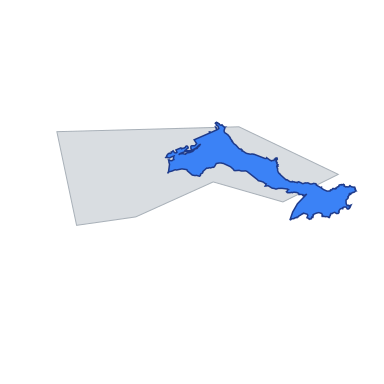 location of East Mahe, Anse Royale, Seychelles, rotated 297°
{"feature_id": "34574756B49819614716360", "entity_name": "East Mahe", "entity_type": "district", "adm_level": 2, "iso_a3": "SYC", "parent_name": "Seychelles", "parent_adm1": "Anse Royale", "projection": "natural_earth1", "projection_center": [55.513, -4.728], "detail": "fine", "context": "in_parent", "style": "filled", "palette": "blue", "viewbox_px": 384, "rotation_deg": 297, "n_neighbors": 0, "source": "geoboundaries", "source_scale": "gbopen_adm2", "svg_char_len": 6317}
<svg xmlns="http://www.w3.org/2000/svg" viewBox="0 0 384 384"><g transform="rotate(297 192 192)"><path d="M271.4,204.2L274.1,314.3L224.4,277.5L210.6,206.3L144.3,153.2L109.9,104.3L184.4,44.2L271.4,204.2Z" fill="#d9dde1" stroke="#a8b0b8" stroke-width="1"/><path d="M210.8,153.2L211.7,153.7L211.5,154.6L212.2,156.6L214.1,157.9L215.8,159.6L214.7,159.6L214.1,160.2L213.3,160.3L212.7,161.1L212.2,160.5L211.2,160.2L210.6,159.6L210.6,159.2L210.2,158.8L210.1,158.1L210.3,157.2L209.9,156.5L209.1,157.4L208.3,157.7L206.5,159.4L199.6,161.8L197.5,161.8L199.4,162.2L201.8,164.9L203.8,166.5L204.3,167.1L204.4,167.9L204.8,168.5L208.0,172.5L209.6,177.3L208.8,178.1L207.2,184.5L208.0,187.3L208.8,188.3L209.5,191.6L210.6,192.0L211.3,191.6L212.1,191.6L213.6,192.7L214.3,192.8L215.0,192.4L215.8,192.6L219.9,194.2L220.5,195.5L221.5,196.3L221.8,197.5L223.6,199.4L223.8,200.1L224.9,200.5L228.4,200.7L230.1,202.9L231.2,205.1L231.3,206.0L231.7,206.8L232.0,214.8L231.1,218.3L230.3,219.8L230.6,220.7L232.7,224.2L233.1,226.4L234.3,228.8L235.1,229.9L235.3,231.7L232.7,244.7L232.2,245.9L232.9,248.8L233.2,251.2L232.8,252.9L232.9,254.5L230.5,254.5L232.2,257.0L231.8,261.6L232.5,263.7L232.7,265.5L234.4,267.3L236.1,270.5L238.0,275.7L237.7,275.9L237.9,276.7L236.9,276.3L235.7,276.5L235.1,276.1L234.7,277.3L235.8,279.6L236.9,280.9L236.9,281.7L237.7,282.3L238.5,283.7L238.8,284.9L239.1,285.3L239.3,286.8L238.9,287.5L239.0,287.8L238.3,288.6L238.8,289.1L240.0,292.0L239.2,292.3L239.1,292.7L239.5,293.3L242.3,295.2L229.5,291.3L219.9,290.8L212.0,291.9L212.0,292.5L213.4,293.0L214.5,294.9L215.0,295.0L215.6,295.6L215.9,295.6L216.4,296.4L216.8,296.5L216.8,297.2L217.6,297.3L218.3,298.1L219.3,298.1L220.8,299.3L222.0,299.7L222.6,300.5L223.0,300.4L223.5,301.0L223.8,301.0L224.5,304.6L223.9,305.8L221.3,306.1L221.4,307.8L221.2,307.9L221.0,308.9L221.4,309.0L221.6,309.7L222.4,310.5L222.8,310.3L223.4,310.5L223.5,310.3L224.0,310.6L224.3,310.4L224.4,311.1L225.0,310.8L225.9,310.9L226.4,310.2L227.7,310.8L229.5,312.3L231.0,314.0L231.4,315.0L231.7,317.3L230.8,318.5L230.5,318.5L230.3,319.1L229.6,318.8L229.3,319.1L230.3,321.0L230.5,322.1L230.9,322.4L231.3,323.4L231.7,324.6L231.7,325.0L231.4,325.2L231.5,325.9L232.1,326.0L233.0,325.6L233.7,325.9L234.6,325.8L234.8,325.5L236.0,325.6L236.3,326.6L237.5,327.2L238.7,328.4L238.4,330.5L239.3,332.0L240.4,332.3L241.2,332.1L241.4,331.5L242.7,331.5L244.4,331.9L245.5,333.2L245.5,333.9L246.5,333.8L246.6,333.5L247.1,333.8L247.8,334.6L248.5,336.0L248.5,336.4L247.4,338.0L247.7,338.9L248.3,339.4L249.0,339.7L249.3,339.7L249.2,339.4L250.0,339.8L250.3,339.4L251.2,339.7L251.5,339.4L251.7,339.5L251.7,339.2L252.2,339.3L251.0,338.2L250.8,337.9L251.1,337.2L250.5,336.9L250.4,336.5L251.3,335.0L252.0,334.4L254.7,332.9L257.1,333.8L258.2,333.6L258.3,333.2L258.6,333.0L259.5,333.4L260.4,333.2L260.9,333.7L261.2,333.5L261.4,333.7L261.6,333.4L262.0,334.2L262.5,333.6L262.9,334.4L264.4,335.3L264.4,335.6L264.8,335.7L265.7,336.8L267.4,337.3L267.8,337.0L267.8,337.3L268.5,336.4L268.4,336.2L268.8,336.2L269.5,335.6L269.4,335.1L270.1,334.8L270.0,334.2L269.7,334.0L269.0,331.5L269.4,329.8L269.0,329.6L268.3,329.7L267.8,329.4L267.2,328.4L267.0,327.5L266.3,326.7L266.4,324.8L267.0,324.9L267.5,324.4L267.6,323.3L266.7,322.8L266.5,321.8L266.0,321.7L265.9,320.9L265.0,320.0L263.9,320.0L263.5,320.3L262.4,319.1L261.1,318.9L260.8,318.4L260.5,318.8L260.1,318.2L259.6,318.1L259.4,316.6L259.0,316.5L258.9,315.8L257.3,315.6L256.9,315.1L257.0,314.7L256.5,314.4L255.6,314.6L254.1,312.0L253.9,308.5L254.1,306.2L254.4,305.2L254.8,305.4L255.1,305.2L254.4,304.6L254.6,299.8L254.7,299.5L255.0,299.6L255.3,299.3L255.6,298.5L254.8,296.3L254.2,295.9L253.0,294.3L252.7,292.2L252.9,291.9L252.5,290.6L251.7,289.5L251.6,288.8L250.0,287.3L249.6,286.5L249.7,284.6L249.4,282.7L249.6,282.5L249.0,281.8L248.0,281.5L248.0,280.3L247.3,279.3L247.5,278.7L247.0,277.4L247.0,276.7L246.6,276.8L245.9,275.4L245.7,274.3L246.1,270.9L245.5,270.4L247.4,263.3L248.1,261.9L247.9,261.8L248.2,260.8L248.9,259.7L250.0,258.5L251.7,257.7L251.9,257.2L253.1,256.1L253.3,256.3L253.6,256.0L253.8,256.4L253.9,256.1L254.5,255.9L254.9,256.4L255.3,256.4L255.3,255.7L255.8,254.7L256.3,254.6L256.2,254.5L256.4,254.1L257.1,253.7L257.4,253.1L258.1,253.3L258.5,252.2L258.9,252.4L259.3,252.1L259.8,252.9L260.1,252.5L260.3,252.8L260.7,252.6L260.9,252.2L260.4,252.0L260.4,251.4L259.9,251.0L259.3,251.1L258.6,250.5L257.3,250.7L256.4,249.0L255.8,248.7L255.8,246.9L256.4,243.1L255.9,243.3L255.0,241.9L253.8,230.0L253.4,229.5L253.5,229.0L252.8,227.6L252.5,227.5L252.2,226.9L251.2,223.2L251.2,221.9L251.7,218.0L251.4,218.3L251.3,218.0L252.2,217.6L252.0,216.7L252.2,216.1L252.4,216.1L252.1,215.4L252.0,214.1L253.7,209.9L254.0,207.6L255.1,205.1L255.4,205.2L255.9,204.3L254.8,204.2L255.9,204.3L257.0,201.9L257.5,201.4L257.6,201.5L258.1,200.8L258.1,200.6L259.3,197.9L259.2,197.6L259.6,196.2L259.5,195.0L260.2,193.4L261.6,192.6L263.7,192.3L264.2,191.6L264.7,191.9L264.4,191.3L264.8,190.4L265.0,188.8L265.3,188.7L265.5,188.2L264.7,187.6L264.5,186.9L264.6,186.1L265.1,185.4L264.8,184.0L265.4,183.5L265.1,182.9L265.3,182.3L264.5,181.7L264.0,181.9L263.8,181.7L263.2,183.1L262.3,183.5L262.6,184.1L262.4,185.5L260.7,187.1L258.8,186.0L260.4,184.1L260.4,183.8L258.7,185.9L253.4,181.7L253.8,180.8L253.4,180.2L252.6,181.0L239.5,170.2L237.2,174.2L234.5,173.5L233.0,170.7L232.2,170.3L230.5,171.1L229.9,171.8L229.5,173.0L229.0,173.0L229.1,172.4L228.1,171.7L226.4,168.6L225.5,167.4L225.1,167.5L225.2,167.1L225.6,166.9L226.8,167.6L227.8,167.7L229.5,168.6L230.1,168.2L230.7,167.1L230.5,166.2L229.7,165.7L228.7,165.8L228.1,165.2L227.4,165.0L226.9,164.0L225.8,163.2L226.3,162.1L222.2,158.6L220.6,160.6L219.9,160.4L219.2,159.1L219.2,158.4L220.5,155.8L220.0,156.8L218.1,155.3L217.6,155.8L216.8,155.5L216.3,155.0L216.3,154.1L214.9,153.3L213.2,153.0L212.4,153.1L212.0,153.6L210.9,152.9L210.8,153.2ZM219.1,163.2L220.4,163.6L221.6,164.5L225.1,167.8L226.6,170.1L227.6,172.4L228.2,173.1L231.2,174.3L233.3,175.8L237.2,177.0L238.1,177.7L238.0,177.9L237.4,177.8L237.3,178.2L237.4,177.5L237.1,177.3L236.6,177.7L234.9,176.9L233.2,176.8L231.1,174.6L230.3,174.8L228.3,174.1L228.1,173.4L227.6,173.3L227.6,173.0L227.1,172.4L226.8,172.6L226.4,172.2L226.4,171.7L226.1,172.0L225.4,171.1L225.1,170.1L224.2,169.6L223.8,169.7L223.1,168.9L222.6,168.9L221.9,165.9L221.5,165.7L221.0,164.5L219.1,163.2Z" fill="#3b82f6" stroke="#1e3a8a" stroke-width="1.5"/></g></svg>